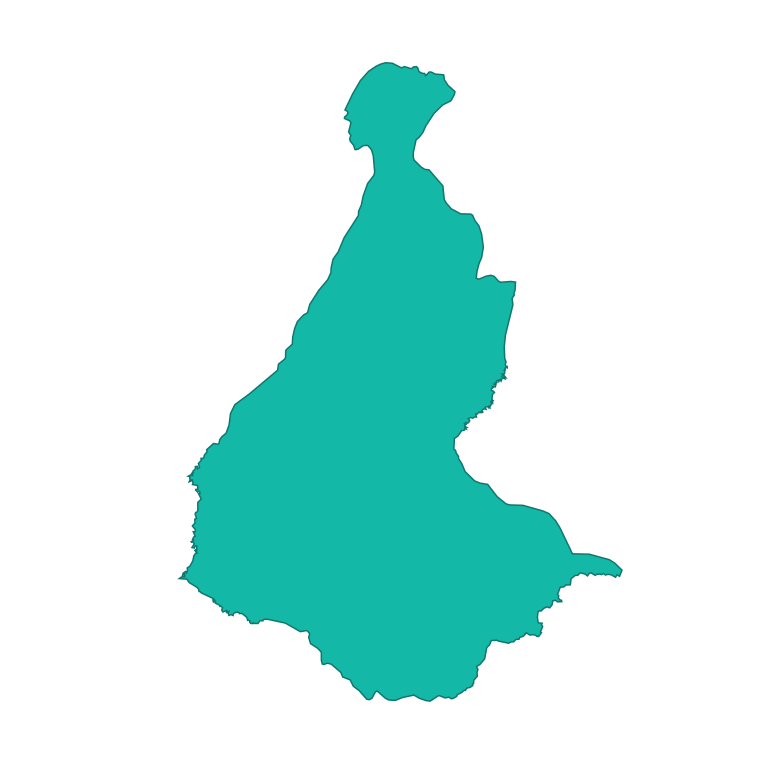 Khamkeuth, Bolikhamxai, Laos (orthographic projection), rotated 85°
{"feature_id": "54806243B83345748269493", "entity_name": "Khamkeuth", "entity_type": "district", "adm_level": 2, "iso_a3": "LAO", "parent_name": "Laos", "parent_adm1": "Bolikhamxai", "projection": "orthographic", "projection_center": [104.952, 18.216], "detail": "fine", "context": "isolated", "style": "filled", "palette": "teal", "viewbox_px": 768, "rotation_deg": 85, "n_neighbors": 0, "source": "geoboundaries", "source_scale": "gbopen_adm2", "svg_char_len": 6145}
<svg xmlns="http://www.w3.org/2000/svg" viewBox="0 0 768 768"><g transform="rotate(85 384 384)"><path d="M596.1,166.1L590.2,163.1L582.5,169.8L578.7,174.8L571.4,194.5L569.6,211.1L543.2,221.0L535.3,224.9L527.5,230.9L524.5,236.4L517.0,256.1L515.4,269.5L514.0,272.9L506.1,281.1L493.0,289.5L491.1,297.1L488.4,302.2L478.4,310.8L470.0,313.5L465.0,316.2L462.6,316.1L459.1,318.1L456.4,318.5L454.9,320.1L444.4,318.6L442.4,315.0L437.3,310.8L436.9,307.8L435.4,307.4L436.0,306.1L434.7,306.7L434.5,305.3L433.2,307.3L432.2,306.7L430.7,307.2L431.1,305.7L429.6,306.0L430.3,304.0L429.0,302.4L427.9,301.8L425.9,303.1L424.9,300.4L425.8,298.8L424.6,295.7L425.0,294.8L421.9,295.3L422.2,294.1L420.2,291.6L421.0,290.8L420.4,290.0L421.1,288.9L420.5,288.0L419.4,289.1L418.1,288.1L417.5,285.9L418.0,284.6L416.4,285.3L415.6,284.7L415.8,282.1L416.9,281.9L417.1,280.5L415.2,281.2L415.4,280.1L413.0,278.6L413.0,277.5L411.1,277.3L411.4,279.0L410.6,279.2L410.0,276.8L408.9,277.8L403.9,276.9L402.1,274.7L400.7,275.5L399.8,277.7L398.2,277.2L397.1,275.7L396.0,276.2L396.6,273.4L395.0,272.9L394.0,274.0L394.2,272.6L393.5,272.8L392.9,271.9L393.1,272.8L392.3,273.0L392.4,271.4L390.9,271.6L390.2,270.0L391.5,269.5L390.8,269.2L390.9,268.1L389.2,268.6L389.8,268.1L389.5,266.9L390.6,266.8L388.1,265.6L389.4,263.1L388.0,263.6L388.4,262.0L385.9,263.7L386.3,265.4L385.2,264.4L384.4,265.5L384.3,263.1L382.5,262.6L380.8,263.1L380.6,261.8L378.9,262.2L378.1,261.0L378.7,259.9L377.2,259.7L376.9,261.0L375.0,261.5L372.6,260.5L369.3,261.5L357.6,261.0L345.7,258.7L316.4,248.7L309.8,248.9L306.5,246.3L305.2,246.8L301.8,245.2L293.9,244.1L292.9,248.7L292.8,258.8L291.6,261.0L286.4,264.8L285.0,268.1L285.5,272.9L287.9,280.6L286.6,282.9L280.1,281.6L272.2,278.8L266.4,275.7L256.4,273.1L243.0,273.7L234.7,275.7L229.1,279.2L223.7,281.0L222.3,282.7L221.2,292.7L215.5,301.6L208.9,306.4L205.3,307.9L191.8,308.1L174.6,320.5L173.7,324.8L171.0,328.2L163.6,334.5L160.1,335.1L155.5,334.5L143.6,330.8L141.2,327.4L136.6,323.2L130.7,320.0L118.9,310.7L111.1,301.2L107.6,292.5L101.6,288.6L98.9,287.8L92.1,294.2L86.3,297.3L81.2,297.6L79.7,306.0L77.5,309.5L77.1,311.6L80.4,315.6L78.1,316.6L77.9,318.8L75.8,322.0L72.3,322.7L70.7,323.9L70.7,327.1L72.0,328.4L72.1,329.9L69.6,335.9L70.6,339.0L65.2,347.7L64.1,354.4L65.0,359.2L66.7,364.0L71.1,372.0L79.6,381.0L92.2,389.9L107.6,399.0L109.2,396.7L110.5,396.2L113.0,397.6L114.5,399.9L116.1,400.3L118.7,395.3L121.0,394.2L129.9,397.3L133.4,395.4L136.6,396.7L138.9,396.6L143.6,393.4L147.6,392.6L148.1,392.0L147.7,389.1L144.7,383.7L144.9,379.3L149.5,376.1L155.5,374.8L172.1,374.8L175.2,375.9L182.8,382.8L195.0,388.4L203.8,391.0L209.8,394.3L213.9,394.8L234.7,410.9L248.4,418.1L255.1,423.8L263.5,426.5L268.5,427.2L275.2,431.0L285.0,440.8L298.2,451.0L306.4,454.0L308.2,458.1L314.2,464.8L321.0,468.2L329.6,470.9L336.4,471.9L341.2,478.3L342.7,479.1L348.8,479.7L350.6,480.8L355.0,487.4L361.0,488.8L381.9,518.6L391.6,534.4L400.1,539.5L411.3,541.9L419.3,545.6L422.2,549.9L425.0,552.4L429.0,553.6L429.4,555.4L428.4,559.0L434.0,566.4L436.0,566.1L439.2,569.2L441.1,569.7L442.5,571.1L442.1,572.7L444.4,572.9L446.9,575.8L451.1,575.0L452.1,577.1L449.7,577.2L449.8,579.1L452.1,579.3L454.2,581.9L455.9,581.8L455.6,582.6L457.5,584.2L457.6,582.7L458.4,582.6L458.2,585.7L458.8,587.1L459.3,585.7L462.7,585.6L464.4,586.6L464.0,585.2L462.7,584.4L462.9,583.2L464.3,583.5L465.5,582.7L467.5,583.5L468.8,578.6L472.7,578.6L472.6,580.8L473.2,580.9L475.5,579.1L474.7,577.8L475.2,577.0L477.1,576.9L477.1,578.3L482.7,576.1L485.7,579.8L493.9,580.5L495.4,581.6L495.6,582.8L497.1,583.5L501.6,582.5L502.2,584.3L505.9,584.4L508.7,587.3L512.3,584.8L513.6,584.7L514.8,585.1L514.5,586.9L519.3,585.4L519.7,586.7L522.0,588.3L523.2,587.3L524.3,589.9L524.9,589.5L524.7,588.2L526.6,586.9L530.2,589.6L530.9,587.2L529.0,586.5L529.0,584.8L533.8,584.9L534.0,585.8L532.7,586.1L533.3,587.0L536.1,585.0L536.3,586.4L538.5,588.4L543.6,589.9L548.5,593.2L550.1,596.1L552.3,595.9L554.9,597.1L553.4,597.9L554.9,600.5L557.7,601.7L555.6,599.2L558.5,599.3L558.6,602.7L560.0,604.9L561.2,597.4L564.8,595.4L570.3,588.0L572.2,586.6L574.6,586.4L574.9,585.0L576.0,584.5L582.9,572.7L583.4,573.2L584.5,571.6L585.0,573.2L586.4,572.9L585.9,571.6L586.5,570.7L587.6,571.1L590.2,566.8L591.2,566.9L591.2,565.8L592.8,564.3L595.0,565.4L597.1,564.4L595.9,560.6L596.7,560.0L597.5,560.9L598.1,560.5L597.2,558.5L598.6,559.2L601.0,558.7L600.4,556.5L601.5,554.5L600.0,554.2L598.7,552.5L598.5,549.8L599.2,548.2L600.1,548.1L600.2,545.5L603.6,541.9L604.8,540.9L607.5,540.5L607.3,539.8L608.4,538.2L609.6,538.6L610.8,537.7L611.2,536.5L610.5,535.4L611.1,535.3L611.6,530.4L608.9,528.2L609.4,525.3L608.4,524.9L607.9,523.5L608.4,519.8L613.6,503.1L623.4,488.9L622.9,482.7L623.5,481.7L626.3,479.8L629.8,481.1L636.3,479.8L641.3,473.3L645.7,469.8L653.9,470.5L657.6,469.9L658.1,468.5L657.2,464.6L658.5,461.0L667.6,452.1L672.3,450.7L675.8,443.5L682.4,440.9L687.2,435.5L696.5,428.7L697.2,426.1L696.1,423.5L690.0,419.4L689.3,417.5L697.1,410.1L699.1,407.0L700.2,400.5L697.9,392.6L696.5,381.3L700.2,376.1L703.2,369.3L703.9,365.6L699.4,357.2L699.4,355.7L702.0,350.6L701.7,346.5L703.4,344.4L703.2,342.4L701.5,338.8L699.9,338.1L697.9,333.1L696.3,331.2L696.3,329.6L694.2,328.0L693.7,324.6L692.2,321.9L690.8,322.0L690.2,320.9L686.8,320.3L683.3,316.5L679.5,316.5L676.6,315.3L673.5,316.5L671.8,312.9L666.6,307.7L655.5,304.6L653.2,301.7L648.9,299.5L649.1,293.8L650.0,292.6L653.1,282.5L652.0,280.0L652.1,277.3L649.9,274.7L650.0,271.7L648.2,270.8L647.5,267.4L645.8,265.2L644.9,265.1L644.4,263.7L646.8,260.7L646.7,257.5L647.4,254.9L648.7,253.8L649.0,251.9L645.4,248.8L644.6,249.7L639.5,247.1L637.6,248.0L636.1,247.3L635.5,250.7L634.6,251.3L629.5,251.5L624.4,250.4L623.5,249.2L623.9,247.4L621.4,244.3L620.2,241.1L621.4,238.3L618.4,235.7L614.7,234.8L614.4,232.0L616.2,230.1L616.3,225.8L614.9,226.1L614.3,227.7L612.3,229.0L610.3,228.4L608.6,229.4L601.8,226.1L601.8,222.6L600.1,220.2L600.3,215.9L594.3,214.6L591.4,210.3L591.4,207.5L589.6,205.6L589.4,204.2L590.9,200.2L592.9,198.0L590.6,196.0L590.1,194.3L593.0,190.3L592.3,189.1L592.1,185.6L592.9,184.1L591.9,182.2L593.6,180.1L593.1,177.4L594.0,174.1L596.7,170.2L594.3,168.4L596.1,166.1Z" fill="#14b8a6" stroke="#0f766e" stroke-width="1.5"/></g></svg>